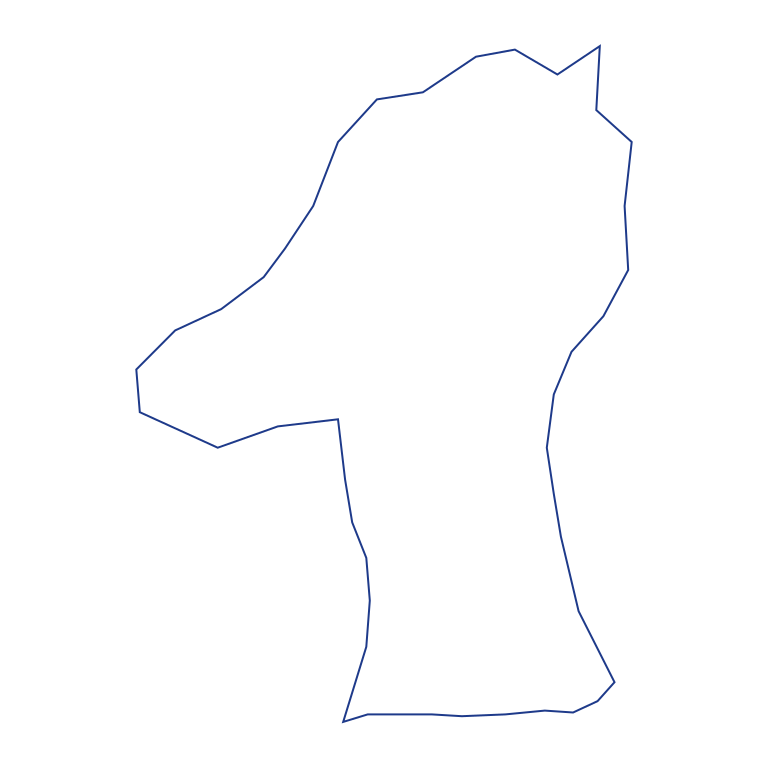 Vouno, Cyprus
{"feature_id": "46923920B84175879227777", "entity_name": "Vouno", "entity_type": "district", "adm_level": 2, "iso_a3": "CYP", "parent_name": "Cyprus", "parent_adm1": "", "projection": "mercator", "projection_center": [33.395, 35.261], "detail": "fine", "context": "isolated", "style": "outline", "palette": "blue", "viewbox_px": 768, "rotation_deg": 0, "n_neighbors": 0, "source": "geoboundaries", "source_scale": "gbopen_adm2", "svg_char_len": 649}
<svg xmlns="http://www.w3.org/2000/svg" viewBox="0 0 768 768"><path d="M544.8,710.6L573.1,712.5L597.6,701.1L614.5,682.2L578.6,611.2L560.9,536.6L553.8,493.9L546.8,447.7L553.8,394.4L571.5,351.8L603.4,316.2L628.2,270.0L624.6,206.0L631.7,142.0L596.3,110.1L599.8,46.1L557.4,74.5L514.9,49.6L476.0,56.7L422.9,92.3L376.9,99.4L338.0,142.0L313.2,206.0L284.9,248.7L263.7,277.1L221.2,309.1L175.2,330.4L136.3,369.5L139.8,412.2L217.7,447.7L277.8,426.4L338.0,419.3L345.1,479.7L352.2,522.4L366.3,557.9L369.8,600.6L366.3,646.8L343.2,721.9L367.7,714.4L392.2,714.4L431.8,714.4L461.9,716.2L505.3,714.4L544.8,710.6Z" fill="none" stroke="#1e3a8a" stroke-width="2"/></svg>